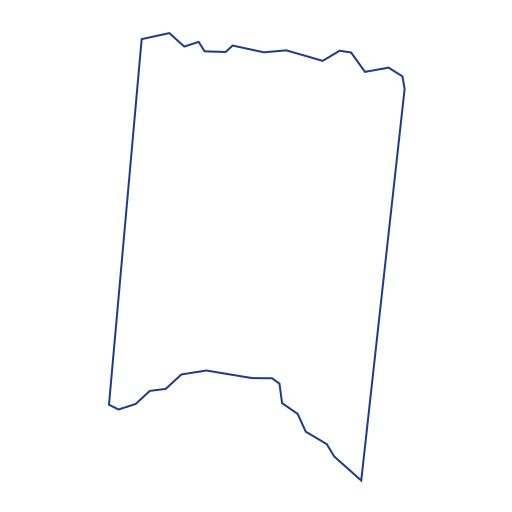 the district of Titus, Texas, United States of America, rotated 5°
{"feature_id": "52423323B68756889637402", "entity_name": "Titus", "entity_type": "district", "adm_level": 2, "iso_a3": "USA", "parent_name": "United States of America", "parent_adm1": "Texas", "projection": "natural_earth1", "projection_center": [-94.972, 33.19], "detail": "fine", "context": "isolated", "style": "outline", "palette": "blue", "viewbox_px": 512, "rotation_deg": 5, "n_neighbors": 0, "source": "geoboundaries", "source_scale": "gbopen_adm2", "svg_char_len": 543}
<svg xmlns="http://www.w3.org/2000/svg" viewBox="0 0 512 512"><g transform="rotate(5 256 256)"><path d="M123.2,49.9L122.5,417.0L132.4,420.9L149.0,413.9L162.0,399.6L177.6,396.3L192.0,380.5L216.5,374.4L262.8,378.0L282.5,376.4L290.5,381.1L294.8,400.3L311.3,409.7L320.8,426.6L342.9,437.3L351.5,449.0L380.4,470.5L389.5,76.6L386.2,64.3L371.6,56.8L348.5,63.1L333.0,45.0L321.4,44.2L305.4,55.8L268.2,48.5L246.1,52.4L214.3,48.4L208.0,55.4L187.0,56.6L180.2,47.7L166.3,53.6L150.2,41.5L123.2,49.9Z" fill="none" stroke="#1e3a8a" stroke-width="2"/></g></svg>